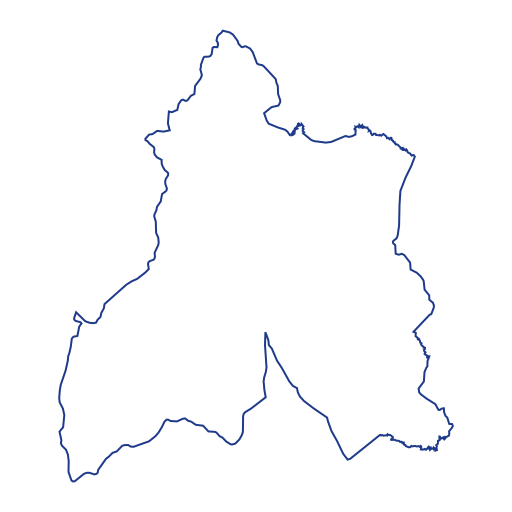 outline of Nong Hin, Loei, Thailand
{"feature_id": "78962969B75467334486203", "entity_name": "Nong Hin", "entity_type": "district", "adm_level": 2, "iso_a3": "THA", "parent_name": "Thailand", "parent_adm1": "Loei", "projection": "natural_earth1", "projection_center": [101.862, 17.087], "detail": "fine", "context": "isolated", "style": "outline", "palette": "blue", "viewbox_px": 512, "rotation_deg": 0, "n_neighbors": 0, "source": "geoboundaries", "source_scale": "gbopen_adm2", "svg_char_len": 6037}
<svg xmlns="http://www.w3.org/2000/svg" viewBox="0 0 512 512"><path d="M414.8,156.7L414.0,155.3L413.1,155.0L411.6,155.6L410.2,153.6L407.8,152.4L407.0,150.3L406.0,150.5L406.0,149.4L404.5,149.9L403.9,149.0L403.4,150.0L403.0,150.0L402.4,149.7L402.7,149.1L401.3,148.7L401.7,148.1L400.6,148.3L400.5,147.5L397.9,144.9L396.4,144.2L395.9,144.5L394.8,143.3L394.8,142.3L393.8,142.1L393.1,141.4L393.1,140.7L391.8,140.1L391.4,137.9L390.6,137.8L389.6,139.2L388.1,137.8L387.0,138.2L386.2,136.3L383.3,134.0L381.2,135.7L379.9,134.8L379.3,135.4L375.9,134.9L375.6,133.8L373.7,133.7L372.7,135.0L372.1,135.1L370.8,133.0L370.8,132.0L370.2,130.7L369.6,130.4L368.8,130.9L369.0,129.9L367.5,128.2L367.4,127.5L365.3,127.7L364.7,126.9L363.8,126.8L363.4,127.7L362.9,127.8L363.1,126.9L362.6,125.8L362.2,127.1L361.6,127.1L361.9,125.5L360.7,125.7L360.3,126.6L359.5,125.3L359.4,126.2L358.7,125.9L358.6,127.0L357.9,126.2L356.6,127.0L355.6,126.7L355.9,127.4L354.5,128.7L354.6,129.4L355.4,129.2L355.7,130.2L355.4,134.6L351.8,136.3L348.8,136.9L345.5,136.0L331.0,142.0L325.6,142.6L314.1,141.1L311.3,140.0L303.1,133.3L304.1,132.2L302.7,131.1L302.9,129.6L303.5,129.1L302.8,128.6L302.9,127.1L303.5,126.5L301.6,124.1L301.5,124.9L300.4,125.3L298.7,123.4L297.9,123.9L297.8,124.9L298.4,126.1L296.9,126.4L296.3,127.4L297.4,128.6L296.0,129.2L295.7,128.0L295.2,128.1L294.7,128.8L294.9,129.9L293.4,131.0L292.2,133.2L292.5,133.6L293.8,132.9L294.7,131.6L294.5,133.6L293.1,134.8L291.2,135.4L290.6,134.5L289.7,134.9L287.4,131.6L285.0,129.7L278.0,127.5L268.7,123.7L266.7,120.5L264.1,113.2L271.6,107.1L278.4,105.6L280.2,102.2L280.2,100.1L278.1,94.0L277.8,86.0L276.4,82.7L275.7,79.1L264.1,66.6L262.1,65.1L258.8,64.5L257.0,63.5L252.7,52.1L250.0,48.5L245.8,46.3L244.6,46.3L242.7,47.2L241.4,46.9L238.6,43.9L237.6,40.9L233.0,34.6L229.7,32.4L222.7,30.7L221.6,32.5L218.4,35.1L217.3,36.9L216.5,40.5L217.9,42.9L217.9,45.6L217.3,47.2L213.8,47.0L212.6,47.8L211.7,54.0L210.4,56.0L208.8,56.6L204.4,56.8L203.6,57.5L200.9,64.8L200.9,67.2L200.3,69.2L201.9,75.2L200.5,78.7L195.1,85.9L194.4,94.0L190.8,95.9L187.8,99.9L186.6,100.8L185.2,100.8L183.0,99.6L181.2,100.3L178.6,104.1L177.3,109.9L171.9,112.2L168.9,111.5L167.9,123.3L169.7,130.3L163.7,131.6L157.1,130.9L152.5,134.1L149.1,134.6L145.4,138.7L145.5,140.1L147.6,141.3L149.5,143.7L153.7,147.0L154.4,149.0L154.1,152.3L154.7,154.5L157.0,157.4L161.6,159.8L161.7,163.8L162.8,166.7L164.8,170.1L167.9,172.7L168.2,173.8L168.1,175.3L165.7,179.1L165.2,181.3L165.3,183.9L166.9,188.5L166.7,189.9L165.9,191.2L162.1,194.0L160.7,201.5L157.0,206.8L156.4,210.2L154.3,214.8L154.3,216.7L155.8,221.7L156.1,232.8L158.2,237.5L158.7,242.4L158.3,244.9L154.6,252.8L155.0,256.6L154.4,258.8L153.4,259.8L150.0,261.0L148.5,262.2L148.0,263.9L148.8,269.0L145.1,272.7L137.1,278.9L131.7,281.3L126.2,284.8L104.5,304.1L103.8,308.5L101.3,312.9L100.5,316.9L97.6,319.7L96.1,322.6L93.5,323.2L89.8,322.8L86.1,321.6L84.9,320.9L76.1,312.3L74.4,317.4L74.1,319.0L74.7,320.2L75.7,320.9L80.6,322.3L81.5,323.4L79.2,326.7L77.4,336.0L73.5,336.7L71.8,338.6L70.8,346.6L69.3,353.2L68.2,356.2L67.8,360.7L65.5,370.9L60.7,385.0L59.8,390.5L59.2,398.1L59.7,402.4L62.9,408.6L64.3,415.1L63.1,427.3L59.5,431.6L61.4,440.3L60.9,443.0L61.8,445.5L66.0,449.7L67.9,454.6L68.7,461.2L68.5,471.9L71.4,480.3L72.6,481.3L74.7,481.3L84.0,473.8L86.8,472.8L89.5,472.8L94.3,474.4L96.8,473.7L97.7,472.6L98.2,469.8L106.0,458.8L108.9,456.6L112.5,452.9L116.8,451.4L122.2,445.8L124.5,445.1L128.1,445.0L130.8,446.6L133.5,446.8L149.1,441.3L155.5,436.1L158.5,432.6L161.7,427.4L164.5,421.7L166.6,419.6L168.1,419.7L170.6,421.0L177.0,421.4L182.7,418.8L185.0,418.4L188.2,420.8L191.3,421.7L195.8,424.8L203.1,425.7L208.4,431.4L215.1,431.9L216.5,432.6L219.5,436.1L222.5,437.6L226.2,441.5L230.7,444.3L232.1,444.5L235.3,443.6L239.4,439.4L241.7,435.3L242.9,432.0L243.1,416.3L243.7,413.9L245.0,412.3L251.0,408.6L265.7,397.3L264.4,390.0L263.6,381.3L264.2,377.3L265.8,372.1L266.5,367.5L265.0,344.9L265.4,332.2L268.3,340.0L268.9,345.2L271.8,348.5L277.0,360.6L281.9,368.1L289.3,381.4L293.0,386.0L297.0,388.1L297.7,391.9L298.8,394.4L300.3,397.0L304.0,401.0L313.4,408.2L327.1,417.6L327.9,421.1L331.5,431.1L336.9,440.7L343.2,453.8L347.6,459.6L350.2,458.8L380.0,434.9L381.3,435.5L382.1,435.0L383.6,435.7L386.4,435.2L387.2,435.5L387.6,434.3L388.3,434.9L390.2,435.0L392.9,437.1L392.8,437.8L391.1,439.4L391.2,439.9L394.8,439.8L395.9,440.5L399.1,440.9L400.1,442.0L401.3,441.7L402.2,442.9L402.6,442.3L403.8,442.5L404.0,444.6L405.5,445.1L405.8,446.1L408.8,447.3L410.2,447.1L411.3,445.9L412.2,446.4L414.9,445.9L416.8,446.5L418.7,446.1L420.0,447.0L420.7,446.0L421.2,446.5L421.3,448.3L420.9,449.4L422.5,449.7L424.9,448.9L425.3,449.6L426.3,449.7L428.7,446.6L429.6,447.1L428.8,447.9L429.3,448.9L430.6,448.1L430.4,449.5L431.4,448.7L433.0,448.6L433.4,447.8L433.9,449.0L434.3,448.0L434.7,448.2L435.4,449.2L435.5,450.6L436.9,450.1L436.5,447.7L436.8,446.3L436.2,445.1L437.8,443.9L438.0,440.8L439.5,440.3L439.4,436.5L439.9,436.6L441.0,438.6L443.6,437.2L444.3,437.9L443.7,438.8L444.2,439.4L445.2,438.4L444.7,437.6L445.0,436.9L446.1,437.1L448.9,435.6L449.3,433.7L449.1,431.3L452.2,427.4L452.8,426.0L452.2,424.1L449.2,423.9L447.3,417.6L445.6,416.0L444.1,412.3L443.9,408.3L441.7,408.6L439.7,410.0L438.4,409.8L435.3,404.1L427.0,398.9L421.2,394.6L419.2,392.4L418.6,388.6L423.9,381.4L424.5,372.1L426.3,367.8L427.4,366.2L427.5,361.2L429.3,356.3L428.7,356.3L428.0,357.5L427.3,357.7L427.0,357.3L427.2,355.6L424.7,354.2L424.6,353.5L425.5,352.3L424.3,351.2L423.9,350.1L424.9,349.1L425.0,347.8L423.6,347.7L423.6,346.8L421.7,345.4L421.1,344.2L421.5,343.3L420.2,342.5L419.9,340.6L419.3,340.2L419.1,339.0L418.5,338.6L417.8,339.0L417.6,337.8L415.6,336.2L415.8,332.8L413.5,331.8L429.5,314.9L431.3,314.1L433.8,307.6L433.9,305.3L432.9,302.7L429.3,299.7L429.2,295.3L424.6,289.7L423.7,281.2L423.0,279.6L420.5,276.2L416.7,272.7L410.6,269.5L410.1,262.6L404.3,255.1L401.8,253.8L398.8,254.7L395.7,253.8L395.2,245.1L393.2,243.3L392.9,242.1L393.4,240.8L396.5,238.4L397.7,235.4L399.1,225.3L399.5,205.3L400.4,190.9L405.6,177.5L411.2,166.1L414.8,156.7Z" fill="none" stroke="#1e3a8a" stroke-width="2"/></svg>